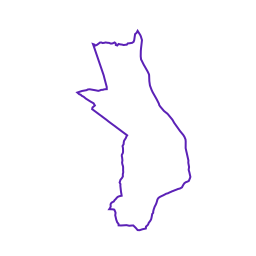 Pão de Açúcar, Alagoas, Brazil, rotated 226°
{"feature_id": "56859067B78615369574980", "entity_name": "Pão de Açúcar", "entity_type": "district", "adm_level": 2, "iso_a3": "BRA", "parent_name": "Brazil", "parent_adm1": "Alagoas", "projection": "robinson", "projection_center": [-37.484, -9.662], "detail": "fine", "context": "isolated", "style": "outline", "palette": "violet", "viewbox_px": 256, "rotation_deg": 226, "n_neighbors": 0, "source": "geoboundaries", "source_scale": "gbopen_adm2", "svg_char_len": 2540}
<svg xmlns="http://www.w3.org/2000/svg" viewBox="0 0 256 256"><g transform="rotate(226 128 128)"><path d="M212.7,161.1L211.3,160.5L182.8,147.1L180.0,145.5L172.3,141.2L170.7,139.7L171.6,138.7L172.4,137.6L172.9,136.5L174.1,135.1L174.7,133.6L175.4,132.4L177.3,131.1L178.7,130.1L182.4,127.4L183.6,125.9L184.0,124.5L186.6,120.6L188.7,116.2L186.1,116.4L184.8,117.1L183.3,117.1L181.3,117.8L178.4,118.1L172.7,119.5L169.7,120.4L167.2,119.8L167.4,116.7L166.5,115.3L148.2,118.3L146.4,118.5L123.3,122.3L123.0,121.0L122.3,119.5L121.5,116.2L120.5,114.8L119.4,113.6L118.8,111.5L117.3,110.6L116.1,109.6L114.2,107.8L113.5,106.7L113.0,105.0L112.2,104.1L110.9,103.3L108.6,101.5L107.2,99.7L105.9,98.8L103.9,97.8L102.8,96.9L101.1,95.2L100.0,94.3L99.2,93.5L98.5,92.3L96.7,90.6L96.2,88.8L96.0,86.7L94.6,84.1L92.9,83.6L91.9,82.5L90.9,81.7L86.9,78.6L85.4,77.6L83.7,76.4L85.0,74.3L85.6,72.7L85.6,71.4L85.4,69.7L85.4,68.2L85.0,66.7L85.6,64.9L85.6,63.3L85.0,62.2L83.6,61.1L83.0,59.8L82.6,58.1L81.3,59.4L79.9,60.7L78.8,61.4L77.0,60.8L75.6,60.1L74.1,58.2L72.1,57.0L70.3,55.9L67.6,54.7L65.7,54.6L64.5,53.6L62.7,55.3L59.1,59.5L56.8,61.0L55.3,62.9L54.2,64.1L50.7,64.2L47.9,64.0L46.4,65.4L45.1,68.1L43.3,71.0L44.6,72.5L44.5,74.1L44.6,75.4L45.4,77.1L45.7,79.3L46.2,81.1L47.0,82.4L48.1,84.0L49.3,85.6L49.5,87.2L50.5,88.2L51.6,90.0L52.3,91.4L52.9,92.6L53.5,94.5L54.2,96.2L55.1,97.8L56.1,99.5L56.5,100.9L56.4,102.6L55.8,104.6L55.1,106.6L54.6,108.3L54.2,109.8L53.3,111.4L52.8,113.1L52.3,114.3L51.9,115.6L51.3,116.9L50.8,118.2L50.1,119.8L49.4,121.6L48.4,123.3L47.8,125.6L48.3,127.0L48.7,128.3L49.1,130.1L48.9,131.8L48.1,133.6L47.7,135.0L48.8,137.6L49.5,138.9L53.4,141.3L55.8,142.6L57.5,144.8L61.1,147.2L62.7,148.9L69.4,153.0L70.6,153.7L73.5,155.5L78.3,160.2L79.8,161.4L82.3,162.4L84.5,162.9L89.6,163.3L99.6,164.8L101.5,165.3L103.1,165.7L110.6,166.3L115.3,165.7L121.2,166.1L122.8,166.4L124.0,167.1L128.5,168.5L130.4,169.0L136.6,170.6L139.2,171.5L143.3,173.3L146.9,175.9L150.9,179.5L151.9,180.3L154.8,181.3L161.0,182.9L162.3,183.2L164.9,184.0L167.0,184.7L168.2,185.0L170.7,186.9L174.5,190.7L176.5,193.0L181.5,199.1L185.0,200.9L186.4,201.4L191.2,202.4L190.5,200.3L190.6,198.3L186.9,193.5L186.1,191.9L186.4,190.1L187.8,188.1L189.0,186.6L188.8,185.0L189.7,183.9L190.7,182.5L192.2,181.6L193.4,180.6L195.0,179.6L194.8,177.6L196.2,176.9L197.3,177.9L198.8,177.8L199.6,175.6L200.6,174.3L202.4,173.5L203.5,172.5L205.1,171.3L205.9,169.9L206.8,168.7L207.9,168.3L208.9,167.3L209.1,165.6L209.4,163.3L210.0,161.8L211.3,161.8L212.7,161.1Z" fill="none" stroke="#5b21b6" stroke-width="2"/></g></svg>